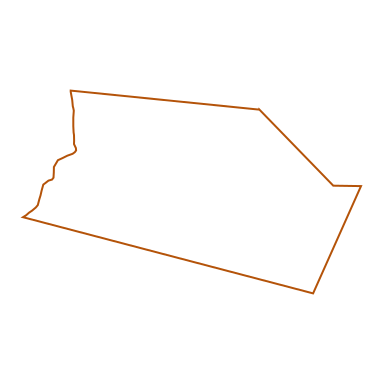 the district of Annus, Laborie, Saint Lucia
{"feature_id": "8701671B25026940525342", "entity_name": "Annus", "entity_type": "district", "adm_level": 2, "iso_a3": "LCA", "parent_name": "Saint Lucia", "parent_adm1": "Laborie", "projection": "orthographic", "projection_center": [-61.008, 13.775], "detail": "fine", "context": "isolated", "style": "outline", "palette": "amber", "viewbox_px": 384, "rotation_deg": 0, "n_neighbors": 0, "source": "geoboundaries", "source_scale": "gbopen_adm2", "svg_char_len": 592}
<svg xmlns="http://www.w3.org/2000/svg" viewBox="0 0 384 384"><path d="M23.0,217.2L313.1,293.4L361.0,186.1L334.7,185.7L333.3,185.7L259.1,109.3L259.0,109.6L70.7,90.6L70.7,91.8L72.2,99.9L72.8,106.3L73.3,108.1L73.8,110.7L73.3,117.6L73.3,126.2L73.6,132.4L74.0,135.1L74.1,139.6L74.1,141.1L74.0,144.1L75.9,148.1L76.1,150.4L74.8,152.2L72.6,153.8L67.3,155.7L62.5,158.1L57.9,160.2L53.9,167.0L53.8,172.5L53.5,177.7L52.0,179.6L48.5,180.6L43.3,184.6L41.7,190.3L40.5,195.5L39.4,199.0L37.8,205.1L35.8,207.5L32.0,210.7L29.0,212.7L26.2,215.2L23.0,217.2Z" fill="none" stroke="#b45309" stroke-width="2"/></svg>